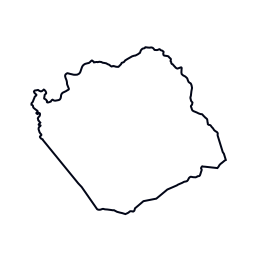 Marale, Francisco Morazán, Honduras (Natural Earth projection), rotated 56°
{"feature_id": "27666195B80016530117423", "entity_name": "Marale", "entity_type": "district", "adm_level": 2, "iso_a3": "HND", "parent_name": "Honduras", "parent_adm1": "Francisco Morazán", "projection": "natural_earth1", "projection_center": [-87.147, 14.938], "detail": "fine", "context": "isolated", "style": "outline", "palette": "ink", "viewbox_px": 256, "rotation_deg": 56, "n_neighbors": 0, "source": "geoboundaries", "source_scale": "gbopen_adm2", "svg_char_len": 5552}
<svg xmlns="http://www.w3.org/2000/svg" viewBox="0 0 256 256"><g transform="rotate(56 128 128)"><path d="M54.7,195.0L55.2,194.6L56.3,194.4L56.8,194.5L57.4,194.8L57.9,195.0L58.6,195.0L61.2,194.2L62.4,193.7L63.4,193.5L63.7,193.6L63.9,193.7L64.2,195.4L64.4,195.6L64.6,195.7L65.3,195.5L65.8,195.3L65.9,195.1L65.9,194.8L65.7,193.8L65.8,193.4L66.0,193.2L66.3,193.0L66.6,193.0L66.9,193.0L67.3,193.2L67.8,193.6L68.2,194.0L68.4,194.3L68.8,195.0L68.9,195.8L69.0,196.2L69.3,196.9L69.5,197.3L70.8,197.8L71.6,198.1L72.3,197.9L73.2,197.9L74.5,197.7L74.6,197.9L74.9,199.5L75.1,200.0L75.3,200.2L75.5,200.2L75.8,200.1L76.5,199.4L76.8,199.1L77.0,199.1L77.4,199.7L77.4,200.6L77.6,201.4L78.0,202.0L78.7,202.6L79.0,202.8L79.6,203.0L81.1,203.4L82.0,203.7L83.7,203.7L84.6,203.5L85.1,203.6L85.4,203.8L85.5,204.2L85.7,204.7L85.7,205.3L85.8,205.7L86.1,206.0L86.6,206.1L88.1,206.0L89.7,205.1L89.9,205.1L90.1,205.3L146.1,200.2L151.0,199.4L177.9,199.0L178.4,198.8L179.0,198.4L179.6,197.7L180.1,196.9L180.4,196.1L180.8,194.5L181.2,193.8L181.6,193.4L182.1,193.0L182.6,192.5L184.1,190.6L186.4,188.0L187.8,186.5L188.3,185.6L191.3,184.0L193.5,182.1L195.3,180.4L196.8,179.2L197.9,178.3L198.3,176.1L198.4,174.8L198.2,173.1L198.5,172.3L199.2,171.4L199.7,170.8L200.1,170.6L200.2,169.9L200.1,169.1L199.8,168.6L198.5,167.1L197.3,156.1L202.4,144.0L201.0,129.8L202.9,119.6L202.9,118.5L203.0,117.7L203.8,113.5L203.9,112.0L204.1,111.2L204.7,109.9L204.9,109.2L205.0,108.8L204.9,108.2L204.7,107.5L203.6,105.5L203.4,104.6L203.4,103.7L203.5,103.4L203.6,103.1L205.1,101.6L206.7,99.5L206.8,99.1L206.9,98.6L207.0,98.2L206.9,97.8L206.9,97.4L207.4,96.4L207.6,95.9L207.6,95.4L207.5,95.0L207.1,94.3L206.0,92.9L205.4,92.2L204.6,91.1L204.0,90.4L203.7,90.2L203.3,90.1L203.0,90.0L202.6,90.1L202.1,89.8L201.7,89.3L201.4,88.4L201.3,87.9L201.9,87.4L203.0,86.0L211.2,76.3L210.7,74.6L209.9,73.0L209.5,71.3L209.4,69.5L209.3,68.4L209.1,66.4L209.1,65.3L209.2,64.8L203.0,62.9L200.9,62.9L184.4,57.9L183.7,57.5L182.8,56.7L182.2,56.5L181.7,56.5L181.3,56.5L179.2,57.4L178.1,57.7L177.7,57.8L175.9,57.7L174.2,58.0L172.0,58.1L171.6,58.3L171.3,58.5L170.4,59.4L170.0,59.5L169.7,59.6L169.3,59.6L168.4,59.0L167.6,58.8L166.9,58.4L166.3,58.1L165.7,57.8L165.2,57.6L164.9,57.5L163.9,57.7L162.2,58.2L161.4,58.3L160.1,58.6L158.4,58.8L157.9,59.0L157.0,60.1L155.4,61.3L153.6,62.3L150.6,64.3L149.6,64.7L149.2,64.7L148.8,64.7L147.2,64.3L146.8,64.1L145.6,63.9L145.2,63.7L144.9,63.4L144.5,62.1L144.4,61.8L143.3,60.7L143.0,60.4L142.9,60.3L142.7,60.3L141.7,60.5L141.0,60.5L140.5,60.4L138.0,59.5L137.1,58.7L136.5,57.9L133.0,54.9L130.7,52.6L130.4,52.4L129.4,52.0L128.3,51.5L127.1,51.2L126.2,51.1L125.6,51.3L124.8,51.7L123.6,52.0L121.9,51.7L120.2,51.2L119.5,51.2L117.4,51.7L115.7,52.6L114.9,53.0L113.3,53.3L112.5,53.0L111.7,52.6L109.2,50.7L108.7,50.3L108.4,50.0L108.0,49.9L107.7,49.9L107.5,50.0L107.4,50.2L107.2,50.6L106.6,53.1L106.5,53.5L106.3,53.8L106.0,54.1L105.7,54.3L104.5,54.8L103.8,54.8L102.9,55.0L100.4,55.3L100.0,55.4L99.7,55.7L99.4,55.8L98.7,55.9L97.4,55.3L96.8,55.4L96.3,55.3L96.1,55.1L95.6,54.5L95.1,54.1L94.7,53.9L94.3,53.9L92.4,54.4L91.4,54.4L91.2,54.5L90.3,55.2L88.6,57.1L88.0,57.6L87.6,57.7L87.2,57.7L86.2,57.3L84.9,56.0L84.7,55.9L84.4,55.9L84.1,56.0L83.0,56.4L81.7,57.4L80.4,57.7L80.1,58.3L79.9,59.6L79.6,60.4L79.3,60.8L78.4,62.0L78.1,62.3L77.8,62.4L76.6,62.4L76.0,62.5L75.2,62.8L74.7,63.2L74.3,63.6L74.1,63.9L73.4,65.3L72.9,65.9L72.4,66.6L71.5,67.5L71.3,67.9L71.2,68.3L71.1,68.5L70.8,68.6L71.0,69.5L71.0,69.9L70.9,70.2L70.6,70.8L70.4,71.5L70.4,72.1L70.5,72.7L70.7,73.5L70.9,74.0L72.1,75.7L72.3,75.9L72.4,76.5L72.3,77.0L72.4,77.6L72.4,78.4L72.3,79.4L72.1,81.1L72.0,81.5L71.7,82.0L71.4,82.8L70.9,84.5L70.5,89.9L70.4,92.6L70.9,94.0L71.0,94.6L70.9,95.3L70.6,96.3L70.5,96.8L71.2,98.1L71.4,98.9L71.9,101.4L71.9,101.8L71.8,102.0L70.5,103.7L69.1,104.8L69.0,105.1L68.3,105.6L68.0,106.8L67.9,107.1L67.7,107.3L67.3,107.5L66.8,107.7L65.8,108.0L65.2,108.2L64.6,108.5L64.0,109.0L62.2,109.9L60.7,111.4L59.7,112.5L58.8,113.0L58.4,113.2L57.0,114.8L56.5,116.3L56.1,116.6L55.5,117.5L54.6,119.5L54.3,119.5L53.8,119.4L53.4,119.5L52.9,119.8L51.9,120.1L51.8,120.3L51.8,120.9L52.1,122.5L52.2,124.1L52.1,124.4L51.8,125.0L50.9,127.6L50.8,128.6L50.9,130.0L51.3,131.2L51.8,132.1L53.9,134.9L54.6,135.8L55.0,136.4L55.3,137.1L55.5,137.7L55.6,138.5L55.5,139.3L55.4,140.0L55.3,140.4L54.3,142.1L53.7,142.9L53.3,143.4L52.4,144.2L50.6,145.9L49.2,147.1L48.7,147.6L48.6,147.9L48.6,148.3L48.6,149.1L48.7,149.8L48.9,150.2L49.3,150.7L49.8,151.1L50.3,151.3L51.4,151.7L54.1,152.3L55.9,153.0L57.0,153.7L57.9,154.1L61.1,154.8L62.1,155.0L62.4,155.1L62.7,155.3L62.9,155.8L62.9,156.6L62.8,157.4L62.8,158.6L62.5,160.7L62.3,161.9L62.3,162.7L62.4,163.3L62.7,164.1L63.3,165.0L63.8,165.5L64.6,166.1L65.6,167.2L66.0,168.0L66.2,168.4L66.2,168.6L66.2,169.3L65.9,170.3L64.7,173.0L64.3,173.5L63.8,174.0L63.1,174.4L62.5,174.6L62.3,174.8L62.3,175.2L62.3,175.7L62.9,177.4L62.7,177.9L62.6,178.6L62.2,179.8L61.9,180.3L61.6,180.6L61.3,180.7L61.1,180.7L60.7,180.5L60.4,180.1L60.1,180.0L58.5,180.2L56.7,181.0L56.5,180.9L56.0,180.5L54.7,179.2L54.0,178.6L53.8,178.1L53.7,177.4L53.6,176.8L53.5,176.5L53.3,176.3L52.9,176.1L52.2,175.9L51.3,175.8L50.5,175.9L49.7,176.0L49.1,176.3L49.3,178.7L49.1,179.3L48.9,179.8L48.5,180.1L48.1,180.4L47.5,180.8L46.5,181.1L46.1,181.4L46.0,181.7L45.4,183.1L45.0,183.9L44.8,184.4L44.8,184.6L44.9,184.9L45.1,185.4L45.2,185.6L45.5,185.7L46.5,185.9L47.0,185.8L49.0,185.4L49.3,185.4L49.5,185.6L49.7,186.0L49.9,187.4L50.0,187.9L51.0,189.3L51.7,190.4L52.5,191.5L53.1,192.4L53.2,192.8L53.3,193.3L53.6,194.2L54.7,195.0Z" fill="none" stroke="#020617" stroke-width="2"/></g></svg>